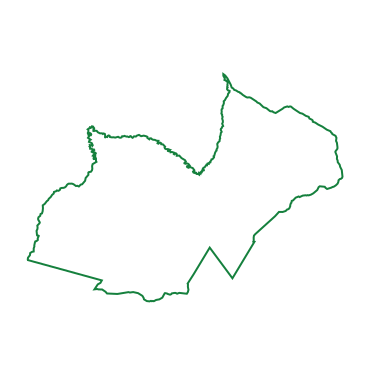 the district of San Pedro, Jujuy, Argentina, rotated 287°
{"feature_id": "61730980B38086174579280", "entity_name": "San Pedro", "entity_type": "district", "adm_level": 2, "iso_a3": "ARG", "parent_name": "Argentina", "parent_adm1": "Jujuy", "projection": "albers", "projection_center": [-64.748, -24.311], "detail": "fine", "context": "isolated", "style": "outline", "palette": "green", "viewbox_px": 384, "rotation_deg": 287, "n_neighbors": 0, "source": "geoboundaries", "source_scale": "gbopen_adm2", "svg_char_len": 5957}
<svg xmlns="http://www.w3.org/2000/svg" viewBox="0 0 384 384"><g transform="rotate(287 192 192)"><path d="M162.4,266.2L162.1,265.4L162.3,265.1L163.4,265.3L166.4,264.3L168.4,264.0L170.2,264.8L193.1,278.5L198.4,281.0L199.4,284.5L201.2,287.1L203.1,288.1L203.7,289.1L204.7,289.8L207.0,290.1L208.2,289.8L210.1,289.8L210.7,290.2L212.7,290.0L213.5,291.1L216.9,292.8L218.9,295.3L218.6,296.4L220.9,298.9L222.1,301.6L222.2,302.7L222.8,303.5L222.9,304.6L224.3,306.6L226.2,308.4L230.5,311.2L233.7,311.7L234.8,312.5L235.8,317.4L235.0,318.5L234.4,320.3L237.0,324.1L237.9,324.9L238.4,325.9L240.4,327.6L242.6,328.8L244.5,329.0L246.0,328.7L247.5,329.5L248.2,330.6L249.4,331.4L250.7,331.4L256.8,328.8L259.3,326.4L261.3,325.2L263.1,322.7L264.8,322.0L266.0,320.9L268.5,320.3L272.0,317.5L272.7,317.3L275.9,318.4L277.4,318.0L281.4,316.2L283.0,314.8L286.0,314.3L287.7,312.8L288.4,309.3L289.0,308.9L289.7,307.5L290.6,306.6L291.0,302.7L292.6,297.7L293.4,292.9L294.4,289.6L294.5,287.0L295.7,286.5L296.2,285.5L296.6,282.8L298.0,281.6L298.1,278.6L299.2,274.7L299.1,272.2L301.3,264.8L302.6,261.7L302.5,260.7L301.6,259.5L301.7,258.1L299.8,255.4L298.0,254.2L292.0,248.9L292.1,246.5L292.7,245.2L292.2,244.1L292.2,242.8L293.9,238.7L294.0,235.5L296.4,230.8L296.7,228.3L297.4,227.1L299.3,220.6L299.3,219.1L298.5,217.2L298.7,215.7L299.8,211.9L300.7,210.2L300.6,209.4L301.3,208.4L301.3,206.8L302.0,204.4L302.0,202.5L303.0,201.3L303.5,199.4L305.9,197.7L311.0,192.7L313.1,189.7L313.9,187.5L312.3,188.0L310.3,190.1L308.6,190.3L308.6,192.2L308.1,192.4L307.7,193.8L306.6,194.3L304.7,194.5L304.2,194.9L302.7,194.9L302.4,195.5L301.3,195.3L300.4,195.6L299.7,196.8L299.7,198.4L299.4,198.5L298.3,198.6L296.6,197.8L294.3,198.0L292.0,197.1L289.4,196.6L288.0,195.8L286.4,196.5L284.4,196.5L283.3,196.1L280.8,196.8L279.8,196.2L279.0,196.3L277.3,197.0L275.5,197.2L275.0,198.1L273.7,198.5L272.9,199.3L271.0,199.4L269.1,200.7L267.7,201.1L266.1,200.9L264.2,202.5L263.2,201.8L262.1,201.8L260.8,201.2L259.9,201.3L258.2,202.8L256.9,202.3L254.5,202.7L253.0,202.5L251.4,203.3L250.4,203.1L248.7,203.5L247.1,202.5L245.3,202.1L242.7,203.3L241.3,203.4L239.9,203.0L238.8,203.4L238.1,202.9L236.2,202.6L233.0,202.7L232.5,202.2L231.5,202.9L229.4,202.0L228.9,201.1L227.7,201.1L226.0,200.4L225.6,200.8L224.6,199.6L223.8,199.8L223.7,198.6L223.1,198.6L222.7,198.1L221.9,198.5L221.6,197.6L219.1,196.8L218.6,195.9L217.2,195.5L216.3,195.5L216.1,196.2L216.6,196.3L216.5,196.9L216.2,197.0L215.2,195.4L214.2,194.9L214.0,195.6L213.2,195.4L213.1,195.1L213.7,194.9L213.3,194.4L212.0,194.7L212.3,193.2L210.7,193.7L211.0,192.7L210.6,191.1L211.0,190.3L211.6,190.3L211.6,190.0L211.6,189.3L210.9,188.7L211.1,187.6L211.8,187.0L212.4,187.3L212.4,188.1L213.5,187.9L215.1,185.7L215.3,182.7L214.2,181.7L214.3,180.3L214.7,179.8L215.4,179.9L215.7,180.8L215.6,181.9L216.4,182.3L217.6,180.7L217.9,179.6L217.8,178.7L217.1,177.6L217.2,176.4L217.7,176.3L219.3,177.2L220.4,176.0L221.4,172.0L223.1,169.2L222.2,166.8L223.7,166.4L224.3,165.3L224.2,164.2L223.5,164.6L222.8,164.1L223.0,163.5L224.2,163.7L224.4,163.4L224.4,161.2L223.7,159.9L224.5,159.5L225.1,158.5L224.2,158.0L224.2,157.0L225.0,156.8L225.9,158.0L226.0,156.4L225.4,154.7L225.7,153.4L226.7,152.7L227.5,153.0L229.0,150.4L228.7,148.6L229.6,148.3L229.9,147.0L229.5,146.0L228.9,146.1L228.4,145.8L228.5,144.8L231.1,144.9L230.7,143.2L231.0,141.2L230.6,139.5L230.8,138.1L231.3,137.4L231.1,136.2L229.9,135.8L230.7,133.5L231.7,133.2L231.9,132.3L231.8,129.4L230.5,127.0L231.1,124.6L229.7,122.7L228.6,122.1L228.3,120.3L226.5,119.4L226.7,118.4L227.5,117.1L227.4,116.6L226.4,116.1L226.0,115.4L226.2,114.0L225.8,113.1L225.9,110.9L225.3,110.4L224.9,108.9L223.7,108.7L223.1,108.0L222.8,106.6L223.2,105.2L221.6,102.7L221.4,101.0L220.8,99.3L220.6,97.5L221.7,96.7L221.7,95.7L221.1,95.1L219.8,94.9L219.7,93.7L218.9,93.0L219.0,92.8L220.8,92.4L222.1,91.6L222.1,90.3L221.4,89.8L221.8,88.8L221.2,86.8L221.6,84.5L222.6,83.0L222.3,81.3L221.6,80.4L221.6,79.8L223.4,79.4L223.8,79.9L224.4,79.8L225.0,78.8L225.6,78.4L225.6,77.2L224.4,77.1L224.2,75.7L223.4,76.0L222.8,74.9L221.5,74.0L221.3,74.7L219.0,75.3L217.9,75.1L216.9,75.9L217.4,76.7L218.5,77.2L218.2,78.3L217.6,78.8L216.7,78.7L216.2,77.6L216.2,76.4L215.0,77.2L213.4,76.7L212.4,79.7L211.5,78.9L209.8,78.8L209.4,81.9L207.7,83.4L207.1,83.2L208.0,82.6L207.1,81.5L207.0,80.6L206.3,81.0L205.5,80.7L205.1,81.4L203.6,81.9L204.0,83.5L203.5,84.9L204.0,85.7L203.5,86.3L203.1,86.2L202.8,85.4L201.6,84.2L201.1,84.3L200.9,85.5L201.7,86.0L201.1,86.5L201.3,88.1L200.9,88.7L200.4,88.6L199.6,87.3L197.7,86.6L197.7,87.2L198.5,88.0L198.6,88.8L196.9,89.3L196.5,89.8L196.0,89.4L196.1,88.0L195.1,88.1L194.8,88.4L195.5,90.5L193.6,91.1L192.9,91.8L189.6,88.8L187.6,88.9L185.0,89.9L183.5,90.0L181.8,89.4L180.9,87.6L180.3,87.2L178.1,87.9L174.3,86.2L171.5,86.5L167.3,84.7L166.5,83.4L164.2,82.2L164.4,80.5L163.8,79.3L164.8,76.4L164.9,74.7L163.8,71.4L162.4,70.4L160.5,69.9L159.3,69.1L158.5,68.1L157.7,66.0L156.9,65.0L155.6,65.1L154.3,64.2L154.0,63.7L154.0,62.3L153.0,61.8L151.7,60.0L150.1,60.2L148.2,59.0L146.0,58.4L143.6,57.0L142.1,56.8L140.7,55.8L137.7,54.7L135.6,53.2L132.9,54.2L129.9,54.8L127.7,54.8L126.7,53.6L124.8,53.8L123.0,52.6L121.7,52.6L120.6,53.0L118.5,55.3L117.5,55.3L114.7,53.9L112.9,54.7L111.4,55.0L109.4,54.7L105.4,56.4L105.1,56.8L105.4,57.9L105.2,58.3L102.5,58.0L101.1,58.6L99.5,57.6L99.1,56.7L98.2,56.5L94.8,56.8L93.8,57.2L91.8,57.1L88.8,58.0L88.0,56.5L86.3,55.1L84.2,55.5L81.3,54.4L79.6,54.6L78.9,55.0L81.1,131.6L78.3,131.0L76.1,128.9L70.4,127.2L71.5,129.7L71.5,131.0L72.5,134.6L71.3,138.5L70.1,140.4L72.7,150.5L77.7,160.6L77.7,162.0L79.1,165.0L79.5,170.0L78.2,174.9L76.7,176.6L75.3,177.5L74.5,180.7L75.0,183.4L75.9,184.6L75.8,185.5L76.4,186.5L76.4,187.4L78.3,189.3L79.8,192.2L82.3,194.5L87.2,195.5L87.5,196.2L87.6,198.0L87.4,198.6L87.4,201.0L88.2,202.0L89.1,202.3L90.3,204.6L90.7,205.8L90.4,207.5L91.8,209.3L93.2,216.8L95.2,217.3L97.4,217.2L100.1,215.8L102.6,215.1L103.1,214.6L113.8,217.6L144.0,225.2L121.3,255.9L162.4,266.2Z" fill="none" stroke="#15803d" stroke-width="2"/></g></svg>